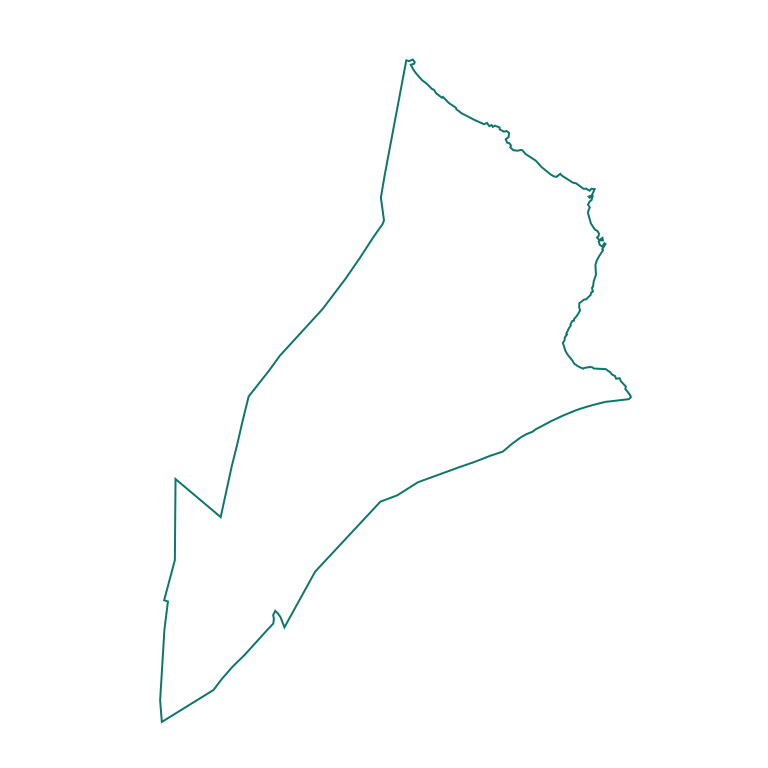 the district of Falealupo, Vaisigano, Samoa, rotated 86°
{"feature_id": "51752279B91405763132187", "entity_name": "Falealupo", "entity_type": "district", "adm_level": 2, "iso_a3": "WSM", "parent_name": "Samoa", "parent_adm1": "Vaisigano", "projection": "orthographic", "projection_center": [-172.771, -13.521], "detail": "fine", "context": "isolated", "style": "outline", "palette": "teal", "viewbox_px": 768, "rotation_deg": 86, "n_neighbors": 0, "source": "geoboundaries", "source_scale": "gbopen_adm2", "svg_char_len": 2420}
<svg xmlns="http://www.w3.org/2000/svg" viewBox="0 0 768 768"><g transform="rotate(86 384 384)"><path d="M416.2,140.7L414.3,138.6L411.8,139.5L405.8,143.6L403.4,142.9L397.8,147.5L394.7,148.5L394.9,152.1L392.2,153.0L390.4,156.0L388.3,157.3L384.6,161.8L383.2,173.6L381.9,175.0L381.4,177.6L382.0,183.3L382.6,184.3L380.0,189.1L377.0,192.8L373.7,194.5L367.8,198.6L364.0,200.6L355.6,202.7L353.0,200.9L350.0,200.3L347.4,198.0L346.7,198.7L340.7,195.3L338.9,193.6L337.8,193.9L334.4,191.9L334.0,190.0L332.7,190.0L329.4,186.8L324.4,183.3L321.4,183.9L317.1,183.6L313.7,178.5L313.7,176.6L309.5,171.6L307.5,171.1L306.2,169.1L302.7,169.9L301.4,168.7L296.0,167.6L289.7,164.9L279.9,164.8L275.8,163.2L271.5,160.5L265.9,156.2L264.8,156.9L259.8,153.3L259.0,154.3L262.2,156.6L260.2,159.1L256.8,159.9L255.7,158.1L256.0,155.6L253.5,155.9L255.5,159.3L252.6,161.2L251.6,159.8L249.2,159.0L246.5,160.2L244.6,162.9L238.3,166.4L228.2,168.5L225.8,168.3L222.2,166.4L219.3,168.0L216.3,166.2L215.0,164.1L211.6,162.9L212.5,165.9L211.3,166.7L210.3,163.5L204.3,160.3L203.7,163.5L205.5,165.4L203.2,168.9L203.2,171.3L197.2,178.4L196.3,181.6L188.4,192.2L186.6,193.5L189.4,197.4L188.7,200.1L186.4,203.4L178.5,211.8L171.7,217.1L168.2,221.8L164.5,226.7L160.7,229.5L160.0,230.9L160.6,234.4L159.8,238.7L156.8,241.5L155.0,240.7L152.5,242.2L151.9,244.3L148.4,245.5L146.4,242.5L142.4,241.7L140.2,244.0L140.6,246.9L138.1,250.8L136.2,250.8L134.0,255.3L135.1,257.5L133.2,258.6L134.1,261.0L130.8,263.0L131.8,266.2L126.7,275.7L119.4,287.6L115.0,292.7L113.6,292.8L108.3,299.6L101.7,305.2L102.5,306.2L97.7,311.7L93.9,313.7L93.1,315.5L87.4,320.5L83.5,324.9L75.9,330.7L71.6,333.2L67.4,335.0L66.6,331.6L65.0,330.9L62.4,332.6L63.6,336.3L62.7,339.2L175.9,368.8L197.8,374.1L220.8,372.6L224.4,374.3L237.3,384.8L255.8,398.7L276.5,415.2L305.0,440.1L348.4,485.8L362.7,497.8L387.0,519.9L412.2,528.0L434.5,534.8L456.0,541.8L505.4,556.2L464.3,598.6L545.0,604.9L584.4,618.4L585.9,614.7L613.8,620.2L684.1,629.4L705.6,629.2L677.3,575.4L666.9,566.3L655.5,554.9L644.4,541.8L622.5,519.0L615.3,511.2L610.6,510.2L606.8,510.7L602.7,508.3L605.6,505.8L609.4,503.5L619.8,500.3L571.2,468.9L566.3,465.7L516.6,412.4L501.1,395.8L496.0,378.6L484.4,357.1L472.2,314.7L468.1,299.4L463.1,283.3L459.7,270.2L452.6,260.5L447.0,251.7L444.1,245.8L441.9,239.0L439.7,235.7L432.4,219.1L427.9,207.4L423.9,195.3L422.3,189.6L419.5,177.2L417.3,164.5L416.2,140.7Z" fill="none" stroke="#0f766e" stroke-width="2"/></g></svg>